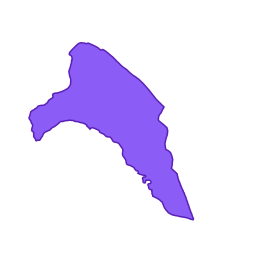 Cidade De Pemba, Cabo Delgado, Mozambique, rotated 293°
{"feature_id": "85939544B58572468312701", "entity_name": "Cidade De Pemba", "entity_type": "district", "adm_level": 2, "iso_a3": "MOZ", "parent_name": "Mozambique", "parent_adm1": "Cabo Delgado", "projection": "natural_earth1", "projection_center": [40.514, -13.03], "detail": "fine", "context": "isolated", "style": "filled", "palette": "violet", "viewbox_px": 256, "rotation_deg": 293, "n_neighbors": 0, "source": "geoboundaries", "source_scale": "gbopen_adm2", "svg_char_len": 5661}
<svg xmlns="http://www.w3.org/2000/svg" viewBox="0 0 256 256"><g transform="rotate(293 128 128)"><path d="M69.0,223.8L69.9,223.8L70.5,223.4L71.1,222.5L71.9,221.8L73.0,220.8L73.6,220.4L74.6,219.4L74.9,218.6L75.9,218.2L76.6,217.3L77.3,216.8L78.1,215.9L78.9,215.4L79.5,214.7L80.3,214.2L81.0,213.4L82.8,211.8L83.5,211.4L84.2,210.5L86.1,208.8L86.8,208.4L87.4,207.6L89.9,205.2L90.5,204.7L90.9,203.8L91.7,203.4L92.0,202.8L92.8,202.1L93.4,201.2L94.1,200.8L94.5,200.0L95.3,199.6L95.6,198.8L96.3,198.5L96.9,197.9L97.4,197.3L98.9,196.1L99.1,195.3L99.8,195.0L100.6,194.4L101.1,193.6L102.2,193.2L103.7,191.9L105.0,191.2L105.2,190.5L105.3,190.2L105.5,190.0L107.7,183.8L111.8,183.0L112.3,182.7L113.7,182.3L113.9,182.1L116.2,181.6L118.4,180.1L120.3,178.5L122.0,176.7L122.8,174.2L123.1,171.1L124.1,170.4L124.4,170.3L127.6,168.3L128.3,168.1L129.2,167.8L129.8,167.8L131.0,167.5L132.4,167.2L133.0,167.2L133.7,167.0L134.5,167.0L135.4,166.9L136.3,166.9L137.4,166.6L138.3,166.6L138.9,166.3L139.4,165.9L140.1,165.9L140.9,165.7L141.7,165.1L142.5,164.4L143.4,163.8L143.8,162.9L145.1,159.1L145.3,158.1L145.6,157.4L145.8,156.4L146.4,154.6L146.6,153.7L147.4,152.8L148.0,152.5L149.3,152.1L150.1,151.9L150.7,151.7L151.5,151.7L153.7,152.1L155.1,152.6L155.7,152.5L156.6,152.6L158.0,152.6L158.9,152.7L159.5,152.7L160.2,153.0L161.5,152.9L162.1,151.2L165.5,142.7L171.5,131.7L175.0,124.3L177.2,118.5L177.4,117.3L177.4,117.1L177.7,116.1L178.0,115.1L178.2,114.0L178.4,112.2L179.7,107.9L181.3,103.8L182.0,100.2L182.1,99.9L182.2,99.2L183.3,96.1L184.6,93.2L184.6,92.9L184.7,92.6L185.7,90.3L187.3,86.4L188.6,82.1L189.5,79.1L190.2,76.4L190.3,75.1L190.4,74.1L190.2,73.7L189.7,73.6L189.3,73.2L189.3,72.4L189.4,72.2L189.4,71.0L190.1,69.1L190.4,66.7L190.6,62.7L190.6,61.1L190.6,59.0L190.6,58.3L190.4,57.8L189.5,57.1L189.3,56.5L189.3,55.9L189.2,54.9L188.9,54.1L188.7,53.3L188.3,52.1L187.8,50.9L187.0,50.0L186.0,49.2L184.5,48.5L183.3,48.0L181.7,47.3L178.2,45.9L175.2,44.9L174.0,44.8L172.9,45.1L172.5,45.8L172.5,46.8L172.2,47.8L171.3,48.6L170.6,49.1L169.7,49.7L168.5,49.6L168.6,49.9L167.1,50.1L164.9,50.6L163.9,50.6L161.9,51.0L160.6,51.2L159.7,51.2L158.9,51.2L157.6,51.4L156.7,51.6L155.6,52.3L152.9,54.1L150.8,56.0L149.8,56.6L148.8,57.0L147.8,57.3L145.9,58.0L143.8,58.0L141.2,57.2L140.1,56.5L138.6,55.4L136.9,54.0L134.6,51.6L133.5,50.3L132.5,49.0L131.8,47.6L130.9,46.4L130.1,45.7L129.2,45.7L128.5,46.0L128.0,46.5L127.3,46.8L126.6,46.8L125.7,46.2L124.7,45.6L123.6,44.9L123.1,44.5L122.2,44.1L121.5,44.0L120.5,44.1L119.5,43.7L118.7,43.3L118.0,42.9L117.2,42.4L116.3,41.7L115.8,41.1L114.9,39.2L114.3,38.2L113.5,37.3L112.8,36.6L111.9,36.4L111.2,36.3L109.3,34.9L108.3,34.4L107.9,34.2L106.7,33.1L105.8,32.6L105.0,32.2L103.9,32.3L101.1,32.8L98.7,32.9L98.0,33.3L97.5,34.1L97.1,34.7L96.7,35.6L95.7,36.4L95.2,36.8L94.8,37.2L94.4,37.9L93.8,38.7L93.1,39.2L92.1,39.5L89.9,39.7L89.2,40.0L88.4,40.1L87.6,41.0L87.5,41.6L87.2,42.6L86.7,43.1L86.1,43.2L85.6,43.4L85.3,43.8L84.7,44.0L84.1,44.2L83.8,44.2L83.7,44.3L82.9,44.9L82.5,45.8L82.3,46.0L82.1,46.5L81.2,47.4L80.6,47.8L80.4,48.3L80.5,48.8L80.7,49.1L81.2,49.3L81.4,49.5L81.6,49.7L81.9,50.1L81.9,50.6L81.9,51.0L82.2,51.4L82.9,51.7L83.5,51.8L84.6,51.8L85.2,52.0L85.5,52.0L86.2,52.3L86.5,52.3L87.3,52.4L89.0,52.4L90.0,52.5L90.7,52.8L91.2,53.0L92.0,53.5L93.3,54.7L93.9,55.2L94.4,55.7L95.0,56.4L95.7,56.9L96.6,57.2L97.6,57.7L98.5,58.0L99.0,58.3L99.6,58.9L100.0,59.2L100.2,59.5L100.9,60.0L101.5,60.3L103.7,61.6L104.5,62.0L105.3,62.4L106.5,62.9L107.1,63.2L107.7,63.7L108.1,64.3L108.4,64.9L108.4,65.4L108.7,65.7L108.9,65.8L109.4,66.4L109.7,66.9L110.0,67.1L110.1,67.4L110.5,67.9L110.7,68.5L111.0,69.2L111.5,69.9L111.9,70.2L112.2,71.0L112.8,72.2L112.8,72.9L113.1,73.7L113.5,74.4L113.5,75.2L113.3,76.0L113.4,76.6L113.5,77.4L113.9,78.2L114.2,79.2L114.3,79.8L114.3,81.0L114.4,82.2L114.9,84.0L115.0,85.7L114.9,86.7L114.7,88.0L114.7,88.7L114.5,89.0L114.0,89.2L113.5,89.7L113.3,90.8L113.2,91.2L112.9,91.6L112.7,92.0L112.6,92.5L112.6,93.0L112.3,93.3L112.1,93.5L113.8,94.2L114.2,94.9L114.5,96.0L114.6,97.6L114.5,101.5L114.1,102.6L113.3,103.3L113.1,103.7L112.9,105.5L112.9,106.9L112.8,108.1L112.6,109.1L112.0,110.1L111.7,111.4L111.8,112.6L112.0,113.3L112.4,113.9L112.6,115.2L112.1,116.4L111.7,117.0L110.9,118.1L110.5,118.6L109.9,119.5L109.7,120.5L109.9,121.7L110.1,122.6L110.3,123.9L110.2,125.5L108.7,127.9L108.0,128.9L107.4,129.9L107.0,130.7L106.2,131.6L104.5,132.4L102.8,132.7L101.6,133.2L100.2,134.4L99.6,135.5L98.5,137.2L97.9,138.2L97.1,138.8L95.2,140.1L94.3,140.8L94.0,142.3L94.2,143.3L94.4,144.5L94.2,145.8L94.1,147.5L94.1,148.4L93.4,149.7L92.9,150.0L92.7,150.7L92.4,151.5L92.2,151.7L91.9,152.3L92.0,152.9L92.2,153.7L92.0,154.4L90.8,155.0L90.2,154.8L90.1,156.8L90.2,158.3L90.4,159.9L91.0,162.1L90.9,162.8L90.5,163.2L90.0,163.2L89.4,162.7L89.0,161.5L87.9,160.9L86.9,161.3L86.0,162.1L84.7,162.7L84.2,163.0L83.8,163.9L83.8,164.4L84.1,165.1L84.6,165.3L85.5,165.1L86.4,164.8L87.1,165.5L87.6,166.6L88.3,167.6L88.3,168.7L87.9,169.8L86.9,170.5L85.8,170.4L84.6,168.6L83.4,168.5L82.9,169.1L82.3,169.6L80.7,170.7L80.3,171.4L80.1,172.0L80.0,172.6L80.3,173.3L80.4,173.9L80.0,174.4L79.1,174.5L78.6,175.0L77.9,175.4L76.9,175.7L76.4,176.2L75.9,177.1L74.9,177.4L74.8,179.7L74.8,180.6L74.7,181.9L74.4,183.6L74.4,184.4L74.2,185.2L73.9,185.9L73.4,187.2L73.2,188.2L72.6,188.9L72.0,189.6L69.2,192.3L68.6,193.0L68.1,194.0L67.3,195.0L66.9,196.1L65.7,198.4L65.7,199.1L65.5,200.7L65.5,201.4L65.4,202.1L65.4,202.9L65.5,203.8L65.8,204.6L65.8,205.5L66.0,206.4L66.3,207.2L66.3,207.9L66.6,208.6L66.8,210.3L66.8,211.0L67.1,211.7L67.4,212.4L67.4,213.1L67.6,213.9L67.9,214.7L67.9,215.5L68.4,217.1L68.4,217.9L68.5,218.6L68.5,221.1L68.7,222.0L68.8,222.9L69.0,223.8Z" fill="#8b5cf6" stroke="#5b21b6" stroke-width="1.5"/></g></svg>